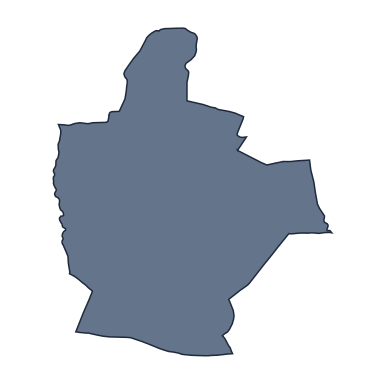 the district of Babati UrbanBabati Urban, Manyara, United Republic of Tanzania, rotated 178°
{"feature_id": "72390352B90089128995390", "entity_name": "Babati UrbanBabati Urban", "entity_type": "district", "adm_level": 2, "iso_a3": "TZA", "parent_name": "United Republic of Tanzania", "parent_adm1": "Manyara", "projection": "albers", "projection_center": [35.755, -4.214], "detail": "fine", "context": "isolated", "style": "filled", "palette": "slate", "viewbox_px": 384, "rotation_deg": 178, "n_neighbors": 0, "source": "geoboundaries", "source_scale": "gbopen_adm2", "svg_char_len": 4579}
<svg xmlns="http://www.w3.org/2000/svg" viewBox="0 0 384 384"><g transform="rotate(178 192 192)"><path d="M181.5,27.8L178.4,28.0L172.5,28.0L168.4,28.3L162.3,28.8L157.1,29.0L158.3,31.8L159.2,34.8L160.9,37.4L163.0,41.8L164.5,44.7L166.1,46.7L166.6,47.4L164.2,49.3L161.6,50.7L159.4,53.3L156.3,59.0L154.8,63.8L154.3,66.8L154.9,72.1L158.1,81.1L159.1,83.4L159.0,83.5L147.5,91.9L146.9,92.4L145.0,93.5L139.8,97.0L139.1,97.6L137.7,99.0L121.5,118.3L120.3,119.7L120.2,119.7L115.8,124.8L115.2,125.5L113.3,127.7L108.1,133.9L96.7,147.0L93.9,146.7L89.1,147.0L85.3,147.2L79.4,147.0L77.3,146.8L75.2,147.0L73.6,147.0L69.5,146.6L67.0,146.2L60.7,146.8L56.0,146.8L54.9,146.6L54.6,146.6L53.8,146.4L54.2,146.9L55.5,148.6L56.6,148.8L57.5,148.7L58.1,148.7L58.6,149.3L58.4,150.1L57.8,151.5L57.3,152.8L57.2,154.2L58.0,155.6L59.1,156.2L60.5,157.0L61.1,158.2L61.2,159.7L60.7,161.2L60.5,162.3L60.5,163.6L65.3,171.4L67.1,175.8L67.5,178.8L68.6,186.2L69.9,197.8L72.5,209.9L73.1,216.7L73.4,219.6L73.4,219.8L85.1,219.5L92.3,219.0L95.7,219.1L99.9,219.3L104.2,218.5L105.7,218.3L116.3,216.4L122.4,219.3L125.1,220.9L132.0,224.7L132.2,224.8L144.0,231.4L145.1,231.7L145.2,232.8L145.0,232.7L144.6,232.6L135.7,245.1L140.0,244.8L142.4,245.3L144.7,247.0L144.8,247.9L144.6,249.2L143.7,251.4L141.3,256.7L138.5,263.0L137.8,265.5L141.9,267.3L146.0,269.3L152.1,271.2L163.0,273.6L165.9,275.3L166.0,275.3L170.0,276.1L177.7,279.0L193.5,283.2L193.9,283.3L193.6,289.8L193.6,290.3L193.2,300.8L193.2,301.6L193.2,301.9L193.1,302.1L192.6,304.1L191.5,308.7L191.4,309.5L191.1,312.0L191.8,313.4L192.0,313.6L193.2,314.8L193.7,315.3L193.9,315.4L194.6,317.4L194.5,318.7L193.5,320.8L191.6,322.1L188.4,324.2L186.5,326.1L186.2,326.4L184.6,328.0L183.9,329.7L183.8,329.8L183.2,331.4L183.0,332.1L182.6,334.2L182.8,337.5L182.5,339.8L181.4,345.1L181.7,347.1L181.8,347.1L183.0,349.3L184.4,350.5L187.3,351.6L188.6,352.3L190.6,353.6L193.1,355.7L195.7,356.1L202.1,356.2L209.3,356.2L213.8,356.2L217.5,355.5L217.9,355.3L218.0,355.2L218.8,354.7L219.5,354.0L220.5,354.3L222.3,354.5L224.5,353.5L224.9,353.2L226.8,352.2L229.7,350.0L231.9,347.7L233.3,345.0L233.7,344.3L233.8,344.1L239.3,334.6L245.3,328.0L247.0,325.9L247.2,325.6L247.5,325.2L248.8,323.6L254.8,315.5L255.4,314.0L255.9,312.6L255.7,311.4L255.4,310.5L255.0,309.3L254.3,308.4L253.6,307.5L252.9,306.1L252.9,303.4L253.6,299.7L254.2,294.9L255.7,287.5L257.6,283.6L261.0,276.9L261.6,275.5L262.7,275.1L268.9,275.1L270.8,274.6L271.6,273.8L271.7,273.5L271.8,273.3L271.9,273.1L271.9,272.9L272.3,272.1L272.1,272.1L272.1,271.9L273.2,266.8L273.6,265.5L274.4,265.1L275.2,264.6L289.1,264.7L290.7,264.3L291.3,264.2L292.6,264.0L294.8,264.0L296.8,264.4L301.6,265.1L302.7,265.0L302.8,265.0L304.7,264.8L307.0,264.5L309.3,263.8L311.1,263.2L313.3,262.9L318.4,263.7L323.1,264.1L322.8,263.5L322.4,261.9L321.5,259.8L321.0,257.8L321.1,255.6L321.5,253.1L322.4,249.1L322.7,247.5L323.8,245.2L324.2,243.9L324.1,242.5L324.1,239.2L323.6,236.9L323.8,234.7L324.3,232.8L324.6,231.2L325.4,230.1L326.8,228.1L327.2,223.0L327.7,222.2L328.5,220.7L329.4,219.4L329.8,218.1L329.7,217.1L329.2,216.0L328.7,215.0L328.8,213.8L329.0,213.1L329.1,212.8L329.3,212.4L329.9,211.9L330.1,211.0L330.1,210.0L330.1,209.0L329.9,208.2L329.9,206.9L330.0,206.9L330.0,206.6L330.2,205.4L329.8,204.0L329.3,202.7L328.8,201.5L328.2,200.4L327.6,199.6L327.6,199.0L327.9,197.7L328.7,196.6L329.3,195.3L329.3,194.0L328.4,192.2L326.1,190.9L325.0,189.6L324.7,188.2L324.7,186.8L325.0,185.6L325.3,184.4L324.9,181.9L324.4,179.8L323.6,178.4L323.0,177.9L322.1,177.1L321.5,176.0L321.3,174.9L321.2,174.0L321.2,172.9L322.4,172.5L324.0,172.4L324.5,171.6L325.3,170.8L325.4,169.3L325.1,168.3L324.3,166.6L323.5,165.1L322.9,164.3L322.8,163.2L322.7,162.0L322.0,161.1L320.8,160.5L319.7,159.7L319.6,158.8L319.9,158.1L321.5,157.0L322.5,155.5L323.2,153.7L323.3,152.3L323.0,151.4L322.6,150.7L322.4,149.4L323.5,147.8L323.6,146.4L323.6,145.9L323.2,144.3L322.7,143.9L321.7,141.2L319.8,136.3L318.3,132.3L318.2,131.8L318.2,131.4L318.1,127.6L318.1,126.6L318.1,126.2L317.9,123.7L317.4,120.1L316.9,116.1L317.3,114.6L311.9,111.5L311.7,111.3L308.1,108.4L304.8,105.3L304.6,105.2L301.3,102.5L298.8,99.8L296.6,97.9L295.0,96.3L295.0,96.2L297.5,90.5L298.6,88.0L304.7,75.3L306.0,72.3L313.0,56.3L312.8,56.3L309.4,55.6L302.6,54.7L300.5,54.7L299.0,54.2L298.9,54.2L297.8,53.9L292.0,52.4L286.4,51.1L284.5,50.8L279.7,50.1L273.2,49.7L262.1,49.0L258.7,48.6L257.8,48.3L257.7,48.3L255.6,47.5L246.6,44.1L235.6,39.3L229.7,36.6L225.3,35.0L225.2,34.9L220.8,33.4L216.8,32.8L211.9,31.7L209.6,30.9L208.2,30.3L205.7,29.8L197.8,28.8L195.1,28.6L184.5,27.9L181.5,27.8Z" fill="#64748b" stroke="#1e293b" stroke-width="1.5"/></g></svg>